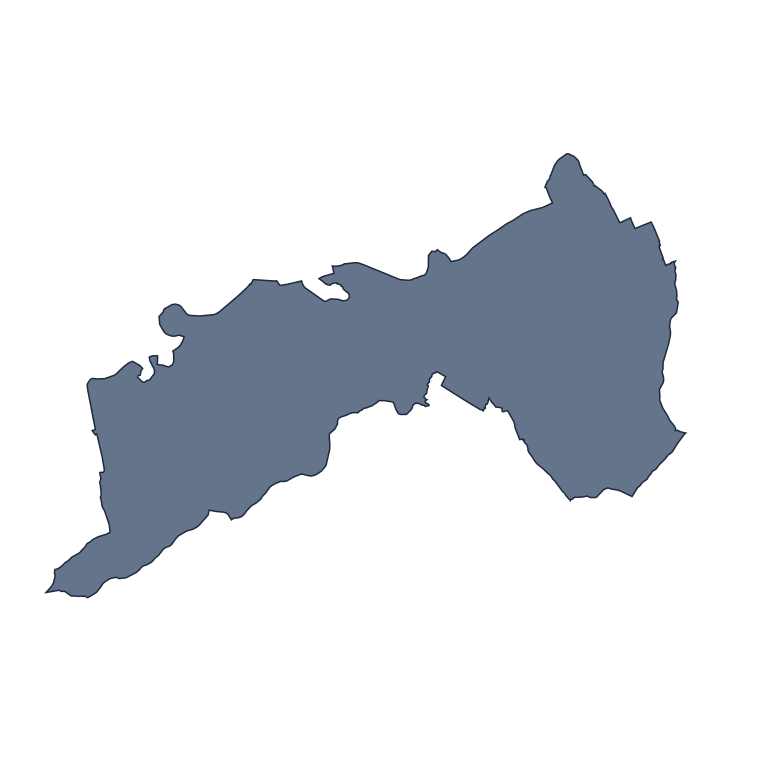 outline of Turceni, Gorj, Romania, rotated 278°
{"feature_id": "2599482B55128602353314", "entity_name": "Turceni", "entity_type": "district", "adm_level": 2, "iso_a3": "ROU", "parent_name": "Romania", "parent_adm1": "Gorj", "projection": "albers", "projection_center": [23.338, 44.708], "detail": "fine", "context": "isolated", "style": "filled", "palette": "slate", "viewbox_px": 768, "rotation_deg": 278, "n_neighbors": 0, "source": "geoboundaries", "source_scale": "gbopen_adm2", "svg_char_len": 6149}
<svg xmlns="http://www.w3.org/2000/svg" viewBox="0 0 768 768"><g transform="rotate(278 384 384)"><path d="M619.5,554.4L618.6,552.6L628.4,547.2L630.9,546.2L633.1,544.4L636.0,540.1L637.5,535.0L637.5,533.1L631.2,526.4L628.9,524.7L624.4,522.4L614.0,520.1L613.1,519.5L611.7,519.8L609.4,519.0L607.9,517.8L603.0,516.3L601.0,516.1L600.6,517.5L592.2,522.1L586.8,525.7L580.8,516.4L576.0,504.6L572.0,498.1L563.7,488.7L559.7,483.1L552.0,474.8L546.6,468.3L531.0,452.7L523.4,447.6L519.9,444.3L517.3,440.9L514.5,433.3L517.3,431.3L521.0,427.0L521.6,425.4L522.2,422.1L524.5,418.0L522.1,416.4L522.2,412.9L517.5,410.2L505.9,411.6L499.4,410.4L498.0,409.4L497.0,408.0L496.2,405.9L493.0,400.3L492.1,398.1L491.1,396.9L490.1,393.8L489.6,385.2L499.4,346.6L500.4,341.2L500.0,338.0L497.4,327.9L496.1,326.3L494.7,322.9L493.9,319.9L493.7,316.4L486.6,319.0L482.2,309.0L480.5,306.4L479.2,305.0L477.1,309.1L475.0,312.2L474.5,314.1L474.3,316.9L475.7,317.9L477.4,321.7L477.5,323.5L476.7,323.5L476.2,327.8L475.0,327.8L474.4,329.7L472.8,330.2L471.7,331.4L468.4,336.8L465.2,337.6L462.3,336.2L461.4,334.7L460.7,331.3L461.5,327.1L460.8,319.1L457.8,314.9L457.6,313.3L468.6,291.9L471.1,289.7L474.6,288.0L469.0,273.6L467.1,267.3L471.4,263.2L470.8,262.2L469.2,240.0L464.3,238.3L464.6,237.5L461.0,235.4L450.4,226.8L432.3,210.7L430.1,207.9L429.0,205.7L425.7,192.1L425.0,183.1L425.1,180.3L426.4,178.4L432.5,172.2L433.6,170.1L434.1,166.5L433.3,163.3L428.1,156.4L427.5,155.8L424.3,155.2L419.6,151.8L411.8,153.6L405.3,158.6L403.2,161.3L401.9,166.8L402.2,169.9L403.8,174.3L403.0,179.2L402.7,179.5L399.0,178.8L394.2,177.0L391.5,175.1L387.2,170.3L384.7,171.5L379.6,172.3L376.4,172.6L373.7,171.8L371.6,169.4L370.9,167.7L372.0,161.4L371.5,159.6L372.0,157.7L371.8,156.6L377.6,156.3L380.5,155.7L379.7,151.0L378.5,148.4L377.8,147.8L373.9,149.2L366.4,154.6L362.5,155.2L355.5,151.3L354.5,148.9L352.5,146.7L352.3,145.3L352.6,144.2L356.3,139.2L357.1,138.9L358.1,139.4L358.4,140.9L358.8,141.4L363.1,141.6L365.8,142.8L368.5,139.4L371.4,131.8L369.1,127.9L364.6,123.6L356.7,117.4L355.0,115.5L350.4,106.6L349.0,98.7L349.0,94.4L347.4,92.4L343.3,90.4L341.5,90.2L337.3,91.3L298.8,104.5L297.2,101.5L293.4,105.2L294.5,106.6L272.7,115.0L261.2,118.7L259.0,119.0L257.5,118.5L257.0,115.2L256.4,114.8L252.1,116.5L249.8,116.7L246.9,116.1L245.4,116.9L237.1,119.0L233.8,119.4L232.5,118.9L231.3,119.2L230.3,119.9L223.6,121.9L219.0,125.2L206.6,131.4L198.7,133.5L197.9,131.7L196.5,129.8L193.0,122.3L189.5,117.4L186.4,114.6L184.8,112.3L180.1,110.1L178.0,108.2L174.6,106.2L169.2,99.1L165.1,95.9L162.7,93.1L158.7,90.1L156.6,87.9L154.7,85.0L154.5,83.9L150.6,84.0L148.4,85.1L141.2,84.4L137.8,83.2L130.5,78.4L134.5,90.8L133.7,93.5L134.2,96.0L134.0,97.1L130.5,103.9L131.0,106.8L131.2,111.2L131.9,113.2L131.7,114.6L132.2,116.8L132.0,118.2L131.2,119.7L131.3,120.5L137.4,128.1L143.1,131.5L147.3,133.5L149.3,135.2L153.1,139.7L155.3,145.5L154.5,149.1L156.2,155.5L162.7,164.7L166.0,167.6L169.0,169.5L170.5,171.1L171.6,173.7L174.4,177.6L176.4,179.5L179.7,181.5L182.8,184.5L190.0,188.6L192.0,191.0L193.6,194.3L195.2,195.8L201.4,199.1L205.1,201.6L211.0,209.2L213.8,215.4L216.4,218.7L218.3,220.5L229.8,228.1L234.7,228.3L234.4,235.7L234.8,243.3L234.2,245.9L233.3,247.6L228.2,251.8L230.2,253.9L231.5,259.0L232.8,261.3L235.4,263.6L239.5,265.8L244.8,269.5L248.8,274.4L252.9,278.0L255.7,279.2L260.9,282.8L262.1,283.0L264.1,284.5L265.4,284.8L268.1,287.4L270.8,291.1L273.3,295.5L273.6,298.9L274.6,301.4L279.6,308.0L283.1,314.2L283.3,316.7L282.8,320.0L282.7,324.6L283.9,327.8L285.3,330.0L288.9,334.0L294.1,337.4L296.0,338.0L311.4,339.3L317.0,338.7L324.0,337.1L327.2,336.9L332.3,341.5L337.4,343.4L342.0,343.2L344.1,344.3L345.3,345.8L347.8,351.1L349.5,353.4L350.9,356.1L351.6,358.9L351.8,362.0L354.1,363.9L355.4,366.0L356.9,367.0L358.0,370.1L360.9,375.3L364.7,379.6L366.8,381.3L367.6,386.7L367.4,394.8L367.0,395.7L366.1,396.4L360.5,399.4L356.6,402.4L356.1,404.6L357.0,410.4L361.7,414.1L364.2,415.3L365.5,415.3L367.6,416.0L369.3,417.9L369.6,421.5L368.4,424.4L368.5,426.4L367.5,428.1L368.7,431.1L369.0,431.6L370.1,431.2L371.2,427.6L373.4,427.4L374.4,428.7L374.7,427.7L376.6,425.4L377.4,425.3L378.8,425.9L380.6,427.5L384.5,427.5L388.4,428.2L389.5,426.8L389.9,426.8L392.2,428.7L395.5,428.4L396.9,429.7L398.3,430.3L399.6,430.1L400.9,431.1L402.0,432.3L401.9,433.0L402.4,433.7L403.6,434.4L399.9,444.0L390.5,441.0L378.4,467.9L372.0,483.0L372.2,484.6L371.1,485.8L373.3,486.9L374.0,486.8L374.3,487.8L376.0,487.3L378.0,487.7L378.5,489.0L379.4,489.3L384.8,489.9L381.5,492.7L376.6,498.2L377.0,499.6L376.6,504.0L373.2,504.9L373.2,506.2L374.6,509.3L374.6,510.3L364.2,518.2L358.4,520.2L347.8,526.1L348.8,528.9L347.6,529.6L348.3,530.6L346.3,530.8L345.5,531.4L343.5,534.1L340.0,535.6L338.6,535.7L336.3,537.1L331.8,541.5L328.5,544.1L326.1,546.8L322.1,553.5L318.0,559.1L316.9,561.2L314.8,563.3L313.5,564.0L311.8,566.6L302.1,576.1L301.1,577.9L298.5,580.0L294.7,584.5L295.2,584.4L296.1,586.4L297.7,587.8L298.6,589.3L298.9,592.4L299.9,596.9L301.3,600.7L300.3,604.2L300.6,607.1L301.4,610.1L310.2,616.4L311.6,619.2L312.2,619.7L312.3,620.5L311.7,622.6L311.5,629.6L310.9,633.2L307.1,645.3L316.4,649.4L318.7,651.5L322.7,653.8L326.1,657.6L329.6,659.1L332.4,661.0L334.7,661.7L337.7,665.3L342.1,667.6L348.9,672.8L353.5,675.4L354.6,677.0L357.3,679.1L366.3,683.1L376.7,688.8L377.4,689.6L377.9,684.4L379.1,680.8L378.4,679.5L378.5,678.9L380.4,678.9L382.7,677.5L387.6,672.2L392.9,668.5L398.6,663.6L406.6,659.1L409.1,659.1L416.8,657.5L424.0,660.2L426.5,660.5L430.1,659.7L434.3,657.8L438.0,658.1L444.3,657.4L464.0,660.3L472.3,660.8L475.4,660.5L481.0,658.8L486.6,658.7L489.1,659.2L495.1,663.7L505.7,664.0L506.9,663.5L508.6,661.7L511.8,661.9L517.3,660.7L523.2,658.1L525.6,657.9L527.5,658.4L533.3,657.8L536.1,656.2L540.0,656.7L542.1,655.2L544.0,654.5L546.3,655.4L544.5,651.8L544.1,651.2L543.6,651.5L542.3,649.6L542.2,648.6L540.5,646.5L545.5,643.8L546.3,642.2L547.3,643.1L558.7,637.0L559.6,638.4L563.4,636.5L563.7,637.0L576.7,629.4L581.6,626.0L572.9,610.9L579.8,606.5L582.9,605.0L576.7,595.5L576.8,594.8L588.5,586.8L590.9,584.6L595.6,581.9L603.6,576.4L602.9,575.2L604.4,574.2L605.9,572.4L609.7,565.4L609.2,564.9L613.2,562.2L619.5,554.4Z" fill="#64748b" stroke="#1e293b" stroke-width="1.5"/></g></svg>